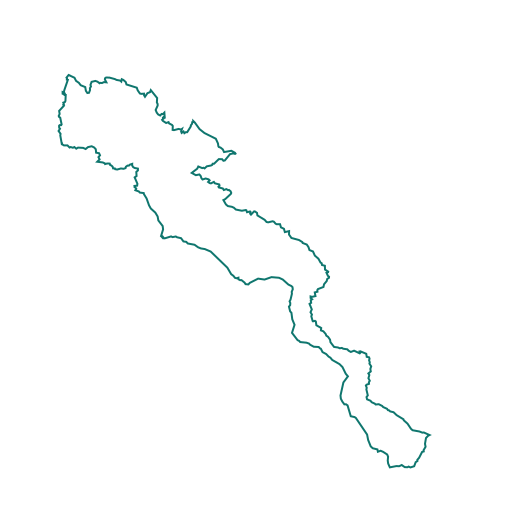 Salatrucu, Arges, Romania (Albers equal-area conic projection), rotated 135°
{"feature_id": "2599482B50481554090017", "entity_name": "Salatrucu", "entity_type": "district", "adm_level": 2, "iso_a3": "ROU", "parent_name": "Romania", "parent_adm1": "Arges", "projection": "albers", "projection_center": [24.508, 45.42], "detail": "fine", "context": "isolated", "style": "outline", "palette": "teal", "viewbox_px": 512, "rotation_deg": 135, "n_neighbors": 0, "source": "geoboundaries", "source_scale": "gbopen_adm2", "svg_char_len": 6075}
<svg xmlns="http://www.w3.org/2000/svg" viewBox="0 0 512 512"><g transform="rotate(135 256 256)"><path d="M307.2,484.0L307.8,480.6L309.1,479.7L314.0,472.7L313.7,472.6L314.1,472.0L313.6,470.0L311.1,467.5L311.1,464.5L310.0,464.1L308.9,462.0L307.4,461.5L307.2,459.0L305.2,458.5L301.8,454.7L300.8,452.1L297.8,451.8L294.6,449.8L293.7,447.2L293.8,444.8L296.0,442.1L294.3,439.7L295.1,437.5L297.5,437.3L298.3,434.9L301.6,434.9L298.2,430.5L297.4,428.4L297.7,427.7L295.9,426.7L294.1,424.8L294.8,423.4L294.3,422.4L294.2,420.6L295.1,419.0L293.9,417.7L294.2,417.0L293.0,415.3L289.6,413.4L288.0,411.3L286.1,410.4L284.9,411.1L283.0,410.8L282.0,409.8L280.6,409.8L278.4,408.7L279.5,407.7L280.0,405.8L279.6,404.1L277.7,401.3L279.0,400.0L281.2,400.1L283.9,397.0L286.2,397.4L288.8,390.9L290.3,389.8L292.4,391.5L293.2,390.5L292.9,389.8L293.1,388.3L294.8,387.8L293.2,384.5L293.3,383.0L290.9,379.9L291.5,379.0L292.7,374.0L295.8,367.5L296.8,364.0L296.5,357.9L297.6,353.5L299.9,350.2L300.8,343.2L302.9,340.5L308.9,337.3L308.2,336.2L308.3,335.3L309.1,335.8L309.2,334.3L308.0,333.0L302.2,329.9L301.7,328.4L298.9,326.5L298.6,325.1L296.4,321.6L297.0,317.6L295.3,315.3L295.4,313.1L291.5,307.4L290.8,303.1L289.6,300.3L287.3,297.1L284.9,291.2L284.5,268.0L286.4,260.7L286.0,258.0L286.3,255.4L285.5,254.0L283.8,253.1L284.9,252.0L284.3,250.1L283.3,249.2L282.9,245.2L283.3,243.5L281.5,241.3L279.4,241.4L270.5,238.5L266.6,233.3L260.0,230.1L255.1,224.3L253.7,220.4L253.3,212.9L252.2,209.7L252.2,208.2L253.5,206.5L256.1,205.4L257.3,203.9L262.5,200.7L264.3,200.2L265.0,198.5L266.6,197.1L268.5,196.9L271.0,192.7L271.1,190.8L275.1,185.6L277.4,180.1L284.9,176.2L286.1,167.1L285.5,165.4L285.6,163.9L281.6,159.0L280.4,156.5L280.5,155.1L279.3,151.0L276.0,147.3L276.1,145.5L275.7,144.6L276.9,141.0L275.7,137.0L275.8,133.5L275.3,131.5L275.6,128.6L273.4,120.5L273.4,116.3L275.8,109.3L276.1,105.9L283.6,104.8L294.9,97.6L296.9,95.1L297.9,92.0L298.4,88.6L297.2,87.5L296.9,85.6L302.3,75.7L300.2,72.4L299.9,70.9L303.7,51.2L306.8,46.6L309.5,40.3L309.4,37.5L306.9,33.4L308.2,31.4L305.6,30.2L304.6,27.6L303.6,22.9L304.5,20.7L307.5,18.2L309.3,15.8L310.8,11.9L305.3,8.2L303.4,6.1L300.8,5.2L300.1,1.5L298.2,-0.5L297.0,-0.8L296.3,-2.7L292.8,-4.5L288.9,-2.7L286.8,-3.1L286.0,-2.2L283.3,-2.0L277.1,0.0L275.6,-0.8L274.8,0.2L271.0,1.2L269.3,3.7L264.5,7.1L261.4,7.2L259.9,6.7L262.1,12.5L263.3,13.5L264.5,16.3L268.5,22.1L268.6,24.3L267.4,30.3L267.7,35.3L267.2,36.3L269.1,44.0L269.2,48.3L271.0,51.2L271.1,52.9L271.7,53.7L271.4,55.3L272.9,59.3L272.8,60.7L274.0,64.4L276.4,66.4L276.4,67.6L277.6,70.8L277.4,72.7L278.8,76.1L277.6,78.1L275.5,78.4L272.3,83.6L270.9,84.5L269.9,86.7L268.8,86.8L266.5,85.7L265.5,86.9L263.8,87.3L262.9,90.1L260.0,91.7L259.6,93.5L256.5,93.2L255.0,95.3L252.6,96.5L251.9,99.7L250.7,100.4L249.7,102.4L248.4,103.0L247.7,104.4L249.0,106.4L247.2,108.9L249.6,114.8L250.2,115.2L250.7,113.8L251.5,113.8L253.6,119.7L256.8,121.1L257.5,123.6L257.4,125.4L259.9,128.8L260.3,130.3L262.0,131.5L262.7,133.3L265.1,136.5L264.3,142.4L262.8,144.5L262.2,147.9L262.6,150.0L261.9,151.5L261.6,155.1L262.7,157.5L260.8,159.0L262.3,164.3L260.0,167.4L260.2,168.5L261.9,169.5L261.9,170.0L259.5,174.3L257.9,175.0L257.2,177.7L254.3,178.8L252.0,184.3L250.1,183.9L248.6,186.0L246.9,185.7L247.1,187.7L246.0,188.8L245.3,187.5L242.3,185.6L240.2,188.7L237.8,187.3L236.8,188.5L235.6,188.8L230.2,186.4L227.9,187.9L223.7,188.3L221.9,189.4L219.8,189.0L219.0,189.7L219.2,191.1L218.0,194.3L216.5,193.6L216.0,193.9L216.8,197.6L214.2,200.4L215.7,203.0L214.7,204.4L215.0,205.8L213.8,209.9L214.1,214.7L212.5,218.9L214.0,222.4L212.6,225.2L212.0,228.2L213.8,232.2L213.4,233.1L214.3,236.9L218.2,243.7L217.5,247.8L215.0,250.2L218.7,252.5L217.0,255.5L218.1,258.6L216.5,261.5L219.0,264.0L219.3,265.1L219.1,267.6L219.7,268.8L223.6,271.2L224.5,272.6L224.3,275.4L226.3,283.7L224.8,285.8L225.3,288.4L225.8,288.9L230.3,288.8L230.2,290.1L228.7,291.1L228.7,291.7L231.4,293.3L230.5,295.2L230.7,295.7L234.0,298.0L237.4,303.1L237.5,305.8L238.3,307.9L240.6,311.2L240.8,313.7L239.5,318.6L237.7,318.0L229.9,317.7L228.9,318.1L228.2,319.7L228.4,321.8L229.1,322.2L229.7,324.3L232.1,325.4L231.7,327.2L233.8,330.7L233.6,331.5L232.1,331.5L231.4,332.6L233.7,336.5L233.4,338.2L236.5,339.2L237.2,340.3L237.5,342.2L235.3,342.3L235.3,343.7L236.8,346.4L239.7,347.9L239.6,349.5L238.5,351.8L238.4,353.7L241.4,355.7L242.7,360.2L235.8,359.3L233.5,360.1L231.9,356.2L230.7,355.5L230.4,354.3L227.4,354.2L223.8,351.8L222.5,351.4L221.4,351.9L220.4,350.9L213.8,350.8L211.5,348.4L211.7,346.4L210.5,345.6L202.3,346.4L199.6,344.7L198.6,343.0L198.1,342.9L197.9,343.9L199.0,347.8L205.1,352.1L204.1,354.8L204.4,357.7L205.2,359.4L205.0,360.2L203.3,362.5L201.5,367.3L205.5,379.4L206.2,385.6L204.9,393.6L204.9,395.9L205.7,395.1L206.5,395.7L207.7,394.7L209.6,394.5L210.6,393.7L217.1,392.2L218.1,393.2L219.8,393.5L219.2,395.3L221.5,395.6L220.9,397.0L218.5,398.2L219.5,398.4L220.9,400.6L225.0,403.0L225.8,404.1L222.9,406.8L222.7,408.0L223.7,411.3L223.2,412.5L225.5,413.6L226.3,417.5L226.1,418.7L224.9,418.6L224.1,419.5L223.6,418.7L222.9,419.3L222.5,418.6L219.4,422.2L221.6,422.2L222.3,423.2L224.4,423.1L225.1,425.3L224.8,427.6L223.7,430.2L219.2,431.9L218.1,433.0L217.5,434.7L214.2,437.6L213.1,447.7L215.1,446.8L217.6,447.9L221.9,447.1L221.5,448.8L220.4,450.0L222.5,451.8L223.2,453.0L222.5,456.8L221.3,459.3L226.3,468.9L225.1,471.1L225.3,474.3L225.9,475.9L227.9,474.6L228.0,476.1L230.1,479.1L230.7,480.9L233.5,485.8L235.8,488.2L237.1,488.4L238.0,487.7L239.0,484.6L240.6,486.5L242.6,487.2L243.8,488.7L244.5,488.8L244.8,491.3L245.8,493.4L249.1,495.4L252.1,494.0L252.8,492.6L254.8,492.1L256.0,490.7L258.7,489.5L260.0,490.5L259.5,493.1L257.3,496.2L259.2,500.7L258.8,503.7L259.4,507.1L258.3,510.4L260.5,516.5L263.9,516.1L264.0,515.3L265.0,514.5L264.5,513.6L274.3,508.8L275.9,507.8L276.1,507.1L276.8,508.7L278.0,507.5L277.2,505.6L277.5,505.2L276.7,504.4L281.1,500.4L282.2,500.0L283.8,500.7L284.5,499.2L285.3,499.2L285.5,498.1L292.6,497.8L294.4,495.3L296.5,494.5L296.9,493.6L296.6,492.3L300.4,486.5L301.2,486.3L302.3,487.4L303.2,487.3L304.5,485.8L304.6,484.6L307.2,484.0Z" fill="none" stroke="#0f766e" stroke-width="2"/></g></svg>